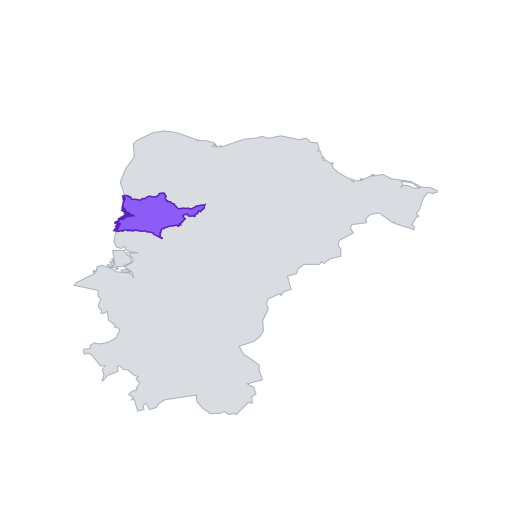 location of Maranhão within Brazil, rotated 254°
{"feature_id": "BRA-593", "entity_name": "Maranhão", "entity_type": "State", "adm_level": 1, "iso_a3": "BRA", "parent_name": "Brazil", "parent_adm1": "", "projection": "equal_earth", "projection_center": [-45.076, -5.686], "detail": "fine", "context": "in_parent", "style": "filled", "palette": "violet", "viewbox_px": 512, "rotation_deg": 254, "n_neighbors": 0, "source": "natural_earth", "source_scale": "10m", "svg_char_len": 9703}
<svg xmlns="http://www.w3.org/2000/svg" viewBox="0 0 512 512"><g transform="rotate(254 256 256)"><path d="M161.9,104.4L165.8,109.0L170.9,106.8L172.4,109.8L175.2,105.6L182.0,101.3L183.5,97.2L187.8,95.0L188.1,92.4L183.2,91.5L182.0,80.5L177.8,73.5L183.5,77.0L188.6,76.9L192.2,80.4L193.3,76.1L206.2,70.9L209.1,67.3L208.9,63.9L212.7,63.8L213.9,65.3L212.6,70.9L216.0,72.4L217.1,77.0L214.8,80.5L213.7,89.6L216.1,99.1L222.2,104.6L224.8,103.8L226.1,100.7L228.4,101.4L235.3,96.4L244.0,98.0L242.7,93.9L244.0,91.3L245.7,92.4L251.4,90.5L257.8,95.3L260.5,93.0L266.5,94.7L277.9,73.1L279.7,75.3L283.5,95.2L285.4,98.3L289.2,100.0L289.6,105.0L283.2,114.6L279.2,117.7L273.9,130.7L268.8,132.5L274.2,132.9L282.1,126.3L283.6,134.7L285.8,137.2L294.0,134.4L291.6,143.7L294.8,136.2L298.5,131.9L300.4,133.2L301.3,131.8L300.5,128.4L303.0,124.3L309.4,123.4L323.0,130.6L324.0,134.2L325.9,131.7L329.1,134.5L329.9,137.6L328.3,139.8L329.0,140.9L330.7,138.8L331.1,140.8L329.5,142.9L328.5,149.3L330.7,146.7L332.3,141.9L332.5,145.3L338.6,140.9L352.9,146.4L364.3,145.8L375.5,154.5L385.2,166.6L397.4,168.8L399.8,173.2L402.9,190.6L401.6,201.9L396.7,213.3L383.4,232.0L383.4,230.5L380.9,239.0L376.7,246.4L374.8,247.6L373.4,244.2L372.2,245.9L370.3,253.9L371.6,276.5L369.1,289.6L369.4,294.8L365.7,300.2L364.6,313.2L355.9,329.5L355.5,336.9L350.3,339.9L347.8,346.1L341.2,346.3L339.8,344.0L339.3,346.6L329.1,347.2L329.5,349.3L323.1,354.4L319.4,354.4L313.0,358.6L305.0,366.3L303.4,370.0L302.0,368.6L301.5,370.2L299.7,369.5L302.0,371.7L300.2,374.1L299.6,378.1L301.1,387.0L299.5,400.1L292.9,407.5L285.0,425.3L277.4,433.2L277.1,430.6L282.6,427.3L287.2,417.6L287.3,415.9L284.1,417.0L282.1,413.8L283.2,416.9L282.3,420.5L277.7,426.4L276.2,431.1L276.8,433.7L273.4,442.7L268.6,448.2L267.4,447.5L267.3,443.0L270.0,439.0L265.3,432.7L255.2,425.5L252.1,421.5L249.4,423.6L249.0,420.8L243.2,414.5L240.6,416.2L237.8,415.3L249.2,398.1L250.7,398.3L250.3,396.6L263.4,386.3L264.4,377.7L261.8,371.5L257.5,371.5L259.8,356.8L257.0,354.5L251.3,355.9L248.1,340.4L243.3,337.7L239.8,339.6L232.2,337.4L233.0,327.2L230.3,319.0L232.5,317.2L230.4,314.9L234.7,299.8L232.0,292.9L227.8,290.1L228.0,280.7L214.4,280.6L213.8,272.7L211.1,268.9L213.4,268.8L211.4,255.9L207.1,252.9L201.8,253.3L192.1,244.7L182.0,242.4L177.6,237.7L174.4,230.4L174.0,215.0L165.3,216.9L150.3,229.1L145.7,227.5L135.2,228.1L135.5,212.3L130.5,217.6L123.4,218.0L121.8,213.0L115.6,212.0L117.2,207.8L109.1,193.3L111.2,190.8L110.8,186.7L115.4,182.3L114.6,178.6L117.0,168.7L124.8,162.5L132.6,159.1L138.8,160.4L142.9,128.9L141.1,122.0L137.8,118.2L137.9,111.0L144.7,110.1L143.5,106.2L139.5,106.1L139.5,99.5L152.1,99.4L152.0,96.7L153.9,99.1L158.0,95.4L160.1,99.5L160.3,104.8L161.9,104.4ZM287.0,118.0L300.9,119.8L297.6,130.9L295.1,131.1L294.6,133.0L292.5,132.1L290.3,135.0L285.0,134.9L283.1,129.4L284.5,128.0L282.8,126.0L284.0,119.6L287.0,118.0ZM275.1,131.4L277.2,123.4L279.4,122.3L279.2,127.2L275.1,131.4ZM290.8,114.1L289.5,117.1L286.3,116.4L286.8,114.5L290.8,114.1ZM286.0,110.8L285.5,116.9L284.1,116.3L286.0,110.8ZM293.0,118.0L291.0,118.3L290.1,117.8L292.6,116.0L293.0,118.0ZM283.9,118.2L281.9,120.1L281.0,119.1L282.5,117.3L283.9,118.2ZM287.7,112.8L286.7,111.6L288.4,110.4L288.5,111.5L287.7,112.8ZM286.6,97.2L285.4,97.5L285.2,95.2L286.3,95.1L286.6,97.2ZM301.6,392.4L301.2,390.6L302.1,388.9L302.4,389.4L301.6,392.4ZM324.2,353.7L324.5,355.8L323.2,355.3L324.2,353.7ZM300.8,379.4L300.2,378.3L301.1,377.2L301.4,377.7L300.8,379.4ZM330.3,145.3L329.5,147.6L330.4,144.4L330.3,145.3ZM374.0,247.9L372.6,248.6L373.5,246.8L374.0,247.9ZM332.7,348.0L331.3,348.7L331.1,348.3L331.9,347.4L332.7,348.0ZM371.7,252.0L371.2,253.2L370.8,252.5L371.7,252.0ZM326.6,129.7L326.7,130.9L326.3,130.7L326.6,129.7Z" fill="#d9dde1" stroke="#a8b0b8" stroke-width="1"/><path d="M317.9,129.3L318.5,128.6L318.5,129.1L318.7,128.5L319.1,127.5L319.2,128.0L319.1,128.4L319.3,128.4L318.9,128.5L318.9,128.9L319.4,129.5L319.9,127.6L320.0,128.0L319.6,128.7L319.6,129.1L319.8,128.6L319.9,129.0L319.7,129.6L319.9,129.3L319.8,129.8L320.0,129.7L320.1,129.0L320.3,129.6L320.1,129.8L320.4,130.3L320.4,129.7L320.6,129.8L321.0,128.3L321.2,128.6L320.9,129.5L321.3,129.0L321.5,129.7L321.4,130.7L321.8,130.6L321.9,129.7L322.1,129.8L322.1,130.3L322.4,129.7L322.3,130.5L322.6,130.1L322.5,131.2L323.3,129.9L323.1,129.9L323.3,129.9L323.3,130.5L322.9,130.7L322.8,131.7L322.7,131.6L322.4,131.9L322.7,131.7L322.6,132.1L323.0,132.0L323.0,132.5L323.1,131.6L323.3,131.3L323.2,131.7L323.4,131.4L323.7,130.2L324.0,130.1L324.2,131.2L323.5,131.9L323.8,131.8L323.4,132.6L323.5,132.8L323.6,132.5L323.9,132.9L323.7,134.1L324.0,134.5L324.8,133.8L324.6,132.8L325.2,131.8L325.4,132.1L325.8,131.7L325.8,131.8L325.7,131.9L325.9,131.9L326.0,131.3L326.0,131.8L326.4,131.9L326.5,132.3L326.3,132.2L326.7,132.5L326.3,132.8L326.3,133.0L326.7,133.0L326.8,132.0L327.4,131.2L327.6,131.9L327.1,132.5L327.1,133.0L326.8,133.0L327.1,133.5L326.9,133.6L327.1,133.6L327.3,133.0L327.6,133.5L327.7,133.4L327.6,133.2L327.7,132.7L327.9,133.3L327.9,133.0L328.0,133.2L327.9,134.1L328.2,134.3L327.8,134.6L328.2,134.5L328.2,134.3L328.1,134.1L328.6,134.2L327.9,135.2L328.5,134.9L328.9,135.2L329.1,134.2L329.5,134.5L329.0,135.5L329.3,135.3L329.5,135.5L329.7,135.2L329.7,135.7L329.9,135.3L330.0,135.5L329.5,136.1L330.0,136.0L330.3,137.0L329.3,137.5L330.3,137.6L329.4,138.6L329.1,138.7L329.5,138.8L329.0,139.4L328.6,139.5L328.8,139.8L328.3,139.6L327.8,139.9L328.6,139.8L328.7,140.1L329.0,139.8L328.6,141.2L329.0,140.7L329.0,141.4L329.2,139.8L330.2,138.6L330.5,138.6L331.0,139.1L331.2,140.5L331.0,141.2L330.4,141.2L330.1,140.8L329.8,141.1L329.7,141.3L330.2,141.0L330.0,142.2L329.0,143.1L329.9,142.5L329.2,144.2L329.1,145.7L328.8,146.4L328.8,147.2L329.3,147.5L328.5,149.0L328.1,149.2L328.2,150.1L328.0,150.3L328.4,149.3L329.0,149.1L330.7,146.7L331.2,143.5L331.3,143.8L331.3,142.4L331.6,142.5L331.8,143.0L331.8,142.0L333.4,141.1L333.8,141.6L333.2,141.7L333.5,141.8L333.5,142.2L333.7,141.9L333.6,142.7L333.0,143.1L332.9,143.9L332.6,144.1L332.4,143.9L332.5,144.2L331.4,145.0L331.5,145.5L331.6,145.0L331.7,145.5L332.1,144.8L332.3,145.1L332.6,144.8L332.7,145.3L332.3,145.7L332.5,145.9L333.2,144.7L333.4,144.8L333.3,145.3L333.8,143.7L334.2,143.3L334.4,143.5L334.3,143.2L334.5,142.6L334.9,143.5L334.9,142.9L335.9,142.5L336.0,141.9L336.1,142.8L336.5,142.6L336.4,142.2L336.6,141.9L336.5,142.3L336.7,142.1L337.3,142.5L337.5,141.5L337.8,142.6L338.0,142.3L338.1,142.7L338.0,142.0L338.3,142.0L338.0,141.6L338.4,141.7L337.8,141.1L338.0,140.6L338.4,140.5L340.0,140.9L342.9,142.6L343.7,142.8L344.6,143.9L345.3,143.9L345.2,144.4L345.6,144.7L345.9,144.5L347.0,144.8L347.0,145.3L347.2,145.2L347.2,145.5L347.5,145.2L348.4,145.2L348.4,145.5L348.9,145.3L349.4,145.6L349.5,144.9L348.9,144.5L350.4,144.5L350.0,145.5L350.4,146.8L349.4,149.0L349.0,149.6L348.1,149.9L348.3,150.3L347.4,151.6L345.6,152.1L345.2,151.8L344.0,154.0L344.0,155.2L343.5,156.4L342.7,157.6L342.3,158.8L341.6,159.8L341.7,161.1L342.2,161.4L342.5,162.4L342.2,163.6L341.9,164.0L342.0,164.8L341.8,165.2L342.5,166.7L343.0,169.3L342.6,170.9L342.1,171.5L341.1,173.5L340.7,173.8L340.8,174.7L340.7,175.3L340.7,176.8L341.0,177.8L340.9,178.1L341.7,179.5L342.6,180.1L342.7,181.1L342.5,181.4L342.5,182.5L342.0,184.5L341.5,185.3L340.4,185.5L340.0,185.2L338.3,186.1L337.8,186.0L337.3,185.2L336.4,184.7L335.4,184.7L334.4,185.3L334.1,185.1L333.6,185.4L333.5,186.0L333.1,185.9L333.2,186.2L332.7,186.5L332.4,187.4L332.0,187.7L331.7,188.7L330.2,189.5L328.9,191.0L328.7,191.6L327.8,191.4L327.1,192.2L326.4,192.6L324.4,193.2L322.9,194.5L322.7,194.9L322.4,196.4L322.1,199.3L320.9,202.1L320.8,203.4L320.6,203.6L320.7,203.9L320.3,204.8L319.5,205.7L319.1,206.9L319.7,209.7L319.7,210.8L320.4,212.0L320.5,212.5L320.2,213.2L320.0,217.9L319.7,218.2L319.7,218.8L319.3,219.7L319.4,221.1L318.3,220.0L316.4,219.6L315.5,218.0L315.5,217.2L315.3,216.6L314.0,215.4L314.0,214.7L314.5,214.4L315.0,213.4L314.9,213.0L312.9,211.5L312.7,209.6L312.3,208.9L311.9,208.5L311.2,208.5L310.9,208.1L311.0,207.6L312.2,206.1L312.1,205.2L312.8,202.5L313.6,201.9L315.3,201.7L314.9,200.9L315.1,200.6L315.2,199.5L315.5,198.6L315.3,197.5L314.4,196.8L312.4,197.4L311.7,198.1L311.3,198.2L309.7,195.3L309.4,195.1L309.1,194.1L308.9,194.3L308.4,193.1L308.0,193.0L307.7,192.2L307.0,192.2L307.8,191.5L307.8,190.7L307.0,190.4L306.6,190.8L305.9,189.6L306.3,189.2L306.7,189.3L307.7,187.5L307.8,184.6L308.4,182.4L308.4,181.1L308.6,180.4L308.2,178.6L308.3,176.3L307.8,175.0L307.9,173.4L307.7,172.8L307.4,172.3L306.0,171.4L305.1,171.3L304.9,170.3L304.7,170.0L303.9,169.8L303.1,170.2L301.4,169.1L300.2,169.4L299.4,170.8L298.8,170.6L298.3,171.0L305.4,163.4L306.5,163.5L307.1,162.9L308.0,160.7L308.7,159.9L309.1,158.0L310.8,156.1L311.2,153.0L311.7,152.5L311.8,151.3L312.3,150.6L312.7,150.5L313.2,149.2L313.5,149.0L313.4,148.7L313.7,148.7L314.1,147.2L314.1,146.1L314.3,146.2L314.3,145.9L314.6,145.7L313.9,144.6L314.0,144.3L314.3,143.7L315.0,143.5L315.2,142.7L315.7,142.4L315.7,141.3L315.9,140.8L315.5,140.9L315.8,140.4L315.7,139.6L316.2,139.6L316.8,138.5L317.3,136.4L317.4,135.3L317.2,135.0L316.6,135.1L316.5,134.5L317.2,134.2L317.4,133.8L317.6,132.8L317.4,131.9L318.0,130.5L317.7,130.0L317.9,129.3ZM330.4,144.2L330.1,145.5L330.4,145.1L330.2,146.7L329.5,147.8L329.7,146.4L329.6,145.2L329.9,144.6L330.4,144.2ZM336.8,139.6L337.0,140.0L336.7,141.1L336.0,141.3L336.1,140.0L336.8,139.6ZM327.3,129.7L327.3,130.3L327.1,130.1L327.2,130.3L326.7,130.9L326.3,130.8L326.3,130.2L326.5,130.5L326.6,129.6L327.3,129.7ZM348.7,144.2L348.8,144.6L348.4,144.8L348.2,144.2L347.6,143.9L348.7,144.2ZM335.2,142.2L335.1,141.4L335.3,141.2L335.4,141.7L335.7,141.4L335.8,141.6L335.7,142.1L335.4,142.3L335.2,142.2ZM347.1,144.1L347.9,144.5L348.2,144.9L347.1,144.6L347.1,144.1ZM336.9,141.0L337.4,140.8L337.2,141.4L336.9,141.0Z" fill="#8b5cf6" stroke="#5b21b6" stroke-width="1.5"/></g></svg>